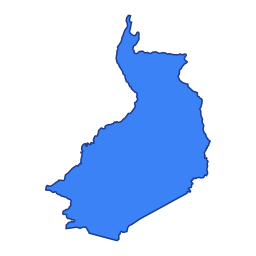 Yalinga, Haute-Kotto, Central African Republic
{"feature_id": "33826404B77142922363915", "entity_name": "Yalinga", "entity_type": "district", "adm_level": 2, "iso_a3": "CAF", "parent_name": "Central African Republic", "parent_adm1": "Haute-Kotto", "projection": "orthographic", "projection_center": [23.642, 7.657], "detail": "fine", "context": "isolated", "style": "filled", "palette": "blue", "viewbox_px": 256, "rotation_deg": 0, "n_neighbors": 0, "source": "geoboundaries", "source_scale": "gbopen_adm2", "svg_char_len": 5777}
<svg xmlns="http://www.w3.org/2000/svg" viewBox="0 0 256 256"><path d="M187.8,84.1L186.4,83.9L185.3,83.5L184.4,83.3L183.0,82.8L182.1,82.2L180.7,81.1L179.7,80.1L179.2,79.1L178.6,77.8L178.1,76.9L178.3,76.1L178.8,75.0L179.2,73.9L179.4,73.0L179.5,72.1L179.5,70.7L179.7,69.9L180.2,69.4L181.0,68.8L181.4,68.3L181.6,67.9L181.9,67.1L182.2,66.5L182.9,65.7L183.4,65.3L184.3,64.1L184.9,63.8L185.2,63.6L186.1,63.1L186.9,62.4L187.1,62.2L187.2,61.8L187.0,61.5L186.1,60.9L185.8,60.7L184.8,59.8L184.4,59.2L184.3,58.8L184.4,58.4L184.9,57.4L186.1,55.6L186.2,55.2L186.2,54.8L186.0,54.5L185.7,54.3L185.3,54.1L184.4,54.0L183.4,54.4L183.1,54.6L182.8,54.7L182.3,54.8L181.9,54.7L180.5,54.1L180.0,54.0L178.4,54.8L177.1,54.9L175.8,54.7L174.8,54.7L173.4,54.6L171.6,54.3L170.1,53.8L169.3,53.6L168.0,54.1L167.5,54.1L165.8,53.3L165.5,53.1L165.2,52.9L164.2,52.9L163.8,52.8L163.4,52.6L163.0,52.6L161.9,52.9L160.4,53.2L160.0,53.3L159.5,53.3L158.6,53.1L158.0,52.8L157.6,52.7L156.7,52.1L155.9,51.9L155.4,51.9L154.7,52.1L154.2,52.1L152.9,52.1L151.4,53.0L150.7,53.3L149.5,53.5L149.1,53.4L148.3,52.8L147.9,52.7L147.1,52.4L145.7,52.9L145.2,52.9L144.8,52.8L143.2,51.5L142.5,51.2L141.6,51.3L139.9,51.4L139.2,51.7L138.6,52.0L137.7,53.1L137.2,53.5L136.7,53.6L135.3,53.4L134.6,53.1L134.1,52.6L134.2,52.2L134.2,51.7L134.1,51.0L133.9,50.6L133.7,50.3L133.4,50.1L133.2,49.9L132.9,49.2L132.9,48.7L133.3,47.1L133.5,46.3L133.7,45.9L134.3,45.5L135.0,45.3L135.7,44.6L136.6,43.5L137.3,42.2L137.5,41.9L138.4,40.3L138.5,39.9L138.7,39.6L139.0,38.8L139.0,38.4L138.8,37.2L138.8,36.7L139.0,33.8L139.0,33.4L138.9,33.0L138.7,32.7L138.2,32.2L137.7,32.2L137.3,32.3L136.7,33.1L135.5,35.4L135.2,35.6L134.8,35.6L133.8,35.5L133.0,35.3L132.4,35.0L131.0,33.9L130.4,33.5L130.1,33.3L129.9,32.5L129.9,32.1L129.5,31.5L129.4,31.2L129.7,30.4L130.3,29.1L130.5,28.1L130.5,27.2L130.7,26.4L130.8,26.1L130.9,25.1L131.1,23.7L131.6,22.3L130.4,22.2L129.8,21.1L129.4,20.1L129.9,17.5L130.3,16.6L130.6,15.9L130.3,15.6L129.0,15.4L128.3,15.4L128.0,16.2L126.7,17.7L126.5,19.3L126.2,20.7L126.9,22.5L127.3,23.8L127.5,26.2L127.4,27.0L125.6,29.1L124.6,30.8L122.9,35.6L121.9,37.8L121.7,39.6L121.2,41.4L119.3,44.6L117.5,47.0L117.6,47.6L118.0,48.6L117.9,49.6L117.2,50.5L116.9,51.4L117.0,53.3L116.4,56.1L116.2,58.5L116.9,61.9L117.4,63.1L118.4,64.1L119.3,66.3L122.5,71.3L123.1,73.9L124.9,75.5L125.3,78.4L126.4,81.6L127.3,82.2L128.5,83.1L128.8,83.9L129.1,85.1L129.8,86.6L131.1,87.0L131.4,88.7L135.2,92.3L136.3,92.6L136.9,93.5L137.1,94.6L136.7,96.9L137.4,98.3L137.6,99.9L137.0,100.6L136.3,102.0L134.8,102.5L134.7,103.8L135.1,105.2L135.1,107.2L131.8,111.7L129.9,113.6L128.4,113.4L125.6,117.4L124.7,118.3L122.8,119.6L122.5,120.3L121.6,121.2L120.3,121.9L119.2,122.2L118.1,122.6L117.7,122.4L117.2,121.8L116.7,121.7L116.5,121.9L115.9,122.3L115.5,122.2L114.9,122.1L114.3,122.1L113.7,123.2L113.2,123.6L111.7,124.0L111.3,124.4L110.6,124.8L109.7,124.6L108.5,124.6L107.4,125.1L106.0,125.5L105.0,126.8L105.0,128.2L104.4,128.6L103.4,128.8L102.9,128.7L101.9,128.1L101.1,128.0L98.6,130.6L98.3,133.2L97.2,135.9L96.7,136.2L96.2,136.0L95.5,135.9L94.8,136.4L93.9,138.4L93.4,140.1L94.0,142.1L93.7,143.3L92.8,143.1L91.8,142.6L91.2,142.6L90.8,143.0L90.9,144.5L90.4,144.5L89.1,144.2L88.5,143.8L88.0,143.3L87.4,143.1L87.1,143.6L87.2,145.3L86.9,146.2L86.3,146.1L86.0,145.7L85.9,145.1L85.9,144.1L85.5,143.6L83.5,144.3L82.1,146.2L81.6,148.4L81.7,149.6L82.7,150.6L82.4,151.7L81.8,152.0L81.0,152.2L81.0,152.8L81.9,153.1L82.3,153.8L81.7,156.3L81.6,157.7L81.1,158.7L80.9,161.8L81.0,162.6L81.2,163.6L80.9,163.8L80.4,163.3L79.0,164.5L78.5,165.1L78.2,166.0L77.5,166.0L76.8,165.7L75.8,166.0L72.4,168.4L67.9,173.2L65.4,175.0L64.6,179.5L63.9,180.5L62.9,180.6L60.8,180.2L59.4,180.2L58.5,180.3L58.1,181.2L56.1,182.4L52.5,185.2L50.5,186.2L49.4,186.2L48.2,185.7L47.1,185.5L46.3,186.5L45.8,190.0L49.9,190.3L52.7,192.3L54.0,192.4L54.6,191.8L56.0,191.9L56.6,193.4L57.6,193.9L58.2,194.5L59.1,194.6L60.0,194.7L60.4,195.5L61.3,195.9L62.8,196.3L64.3,196.9L66.0,197.1L67.8,198.7L70.1,199.4L71.3,200.6L70.6,203.8L70.9,205.6L69.4,206.9L68.9,208.5L68.1,209.2L65.8,209.6L64.8,210.6L63.4,211.1L62.8,212.8L63.2,214.4L66.0,214.4L66.4,214.7L66.7,217.2L67.6,218.4L68.9,218.6L70.7,218.8L71.4,219.6L72.2,219.8L73.6,219.7L74.6,220.3L74.6,220.8L74.2,221.5L73.3,222.1L72.6,222.1L71.8,221.5L68.3,222.8L67.7,223.7L66.2,225.1L66.1,228.6L73.7,227.6L76.4,227.1L80.1,228.3L83.0,227.1L85.9,227.3L87.0,228.9L89.3,233.2L117.1,240.6L118.9,239.1L118.8,237.4L118.9,234.8L119.8,234.3L120.2,233.4L120.4,231.9L121.6,231.3L122.7,232.3L124.4,232.2L126.9,231.5L127.7,227.7L129.2,225.5L131.7,224.5L136.3,221.4L139.6,219.1L187.0,193.2L187.0,191.9L187.8,191.5L188.6,191.8L189.3,192.0L190.1,192.0L190.5,191.5L190.3,190.8L189.6,190.2L189.5,189.7L188.8,189.2L188.4,188.7L188.8,188.1L189.6,187.8L190.4,187.7L191.3,187.2L191.7,186.1L191.4,185.0L191.7,184.3L192.7,184.0L192.8,183.6L192.4,183.0L191.6,182.4L191.1,180.4L192.7,180.0L193.1,179.3L193.2,178.4L193.7,178.1L194.4,178.4L195.0,178.6L195.9,178.5L196.5,178.0L197.4,177.7L198.2,177.5L199.3,177.5L200.0,177.7L200.8,177.9L201.8,177.9L203.7,177.3L205.1,174.8L206.5,175.6L207.1,174.5L207.6,173.4L207.4,171.6L206.7,169.1L207.6,166.3L207.2,163.5L208.0,161.6L207.7,160.9L206.8,160.3L206.4,159.5L206.8,158.4L206.6,157.9L206.0,157.8L205.4,158.2L204.9,158.2L204.6,157.8L204.5,156.8L205.1,156.1L204.4,153.7L204.5,152.5L205.3,150.8L206.0,150.0L206.2,149.0L206.7,148.1L207.2,148.0L207.3,146.3L208.3,145.9L209.5,142.2L210.2,141.3L209.5,140.5L208.2,139.9L207.7,139.1L207.8,138.6L206.7,137.6L205.4,133.8L204.4,133.1L203.6,131.2L203.1,128.5L203.8,125.8L202.1,122.2L202.5,119.3L201.0,115.5L200.6,110.5L199.6,108.8L200.8,107.4L201.8,103.7L202.2,100.1L201.5,98.9L200.4,98.4L199.8,97.8L199.1,96.8L197.9,96.5L197.5,95.6L197.3,92.8L195.5,91.9L193.5,91.5L188.1,86.7L187.8,84.1Z" fill="#3b82f6" stroke="#1e3a8a" stroke-width="1.5"/></svg>